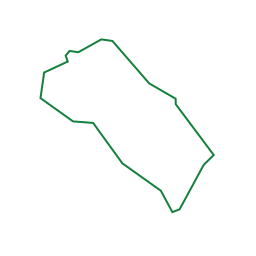 outline of Duk, Jonglei, South Sudan, rotated 238°
{"feature_id": "79223893B68171722755013", "entity_name": "Duk", "entity_type": "district", "adm_level": 2, "iso_a3": "SSD", "parent_name": "South Sudan", "parent_adm1": "Jonglei", "projection": "albers", "projection_center": [31.227, 7.661], "detail": "fine", "context": "isolated", "style": "outline", "palette": "green", "viewbox_px": 256, "rotation_deg": 238, "n_neighbors": 0, "source": "geoboundaries", "source_scale": "gbopen_adm2", "svg_char_len": 397}
<svg xmlns="http://www.w3.org/2000/svg" viewBox="0 0 256 256"><g transform="rotate(238 128 128)"><path d="M59.7,186.4L122.8,181.1L127.6,183.9L154.6,169.6L210.1,160.9L217.3,152.3L218.6,126.0L224.3,119.3L222.4,113.5L216.3,112.1L219.5,86.3L199.7,69.6L162.7,84.9L150.8,101.1L101.0,104.5L57.4,122.6L33.1,121.1L31.7,128.7L56.6,172.6L59.7,186.4Z" fill="none" stroke="#15803d" stroke-width="2"/></g></svg>